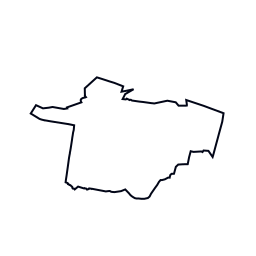 Castaños, Coahuila, Mexico, rotated 140°
{"feature_id": "50627088B99449096184817", "entity_name": "Castaños", "entity_type": "district", "adm_level": 2, "iso_a3": "MEX", "parent_name": "Mexico", "parent_adm1": "Coahuila", "projection": "orthographic", "projection_center": [-101.298, 26.539], "detail": "fine", "context": "isolated", "style": "outline", "palette": "ink", "viewbox_px": 256, "rotation_deg": 140, "n_neighbors": 0, "source": "geoboundaries", "source_scale": "gbopen_adm2", "svg_char_len": 2386}
<svg xmlns="http://www.w3.org/2000/svg" viewBox="0 0 256 256"><g transform="rotate(140 128 128)"><path d="M62.5,64.8L51.8,72.2L45.3,77.9L51.9,89.5L55.7,96.2L65.4,112.0L67.8,108.2L68.5,107.4L69.3,107.9L74.9,112.6L74.9,117.0L78.1,120.9L80.3,123.6L92.1,129.9L93.1,131.0L94.2,132.1L99.7,138.2L102.4,141.0L107.3,146.5L107.7,147.8L108.4,148.4L108.9,148.5L109.0,148.9L110.1,151.3L110.8,151.2L111.3,151.3L113.5,153.6L109.5,155.3L108.4,155.8L98.8,154.1L105.4,157.6L109.6,160.0L104.9,163.0L109.5,171.4L112.3,175.7L113.4,177.5L115.4,180.7L116.4,182.3L117.1,183.4L119.3,186.8L124.8,186.6L135.6,186.2L138.9,182.1L139.9,180.7L140.1,180.7L140.4,180.2L140.5,180.0L140.6,179.8L140.6,179.7L140.6,179.3L140.5,179.2L140.4,179.2L140.4,178.9L140.4,178.7L141.1,178.9L142.4,179.6L143.6,180.1L145.1,180.3L146.3,179.8L147.0,178.6L147.2,177.6L161.5,183.0L161.9,182.0L164.9,183.8L172.3,192.6L175.5,194.4L180.5,197.7L183.8,204.6L186.6,203.7L193.2,201.6L189.9,191.8L188.8,190.0L188.0,188.9L187.5,188.2L187.4,188.1L187.3,187.9L187.1,187.7L186.9,187.5L186.9,187.4L186.7,187.3L186.1,186.5L185.9,186.3L185.7,186.1L183.8,183.8L181.2,180.8L171.7,169.9L167.5,164.7L170.8,161.4L173.0,159.8L174.8,158.2L176.9,156.4L179.1,154.4L183.2,150.8L185.5,148.8L186.0,148.4L186.8,147.7L187.8,146.9L188.2,146.6L188.5,146.3L189.1,145.7L189.9,145.1L192.3,143.1L198.8,137.2L205.8,130.9L209.0,128.1L210.7,126.5L209.7,124.7L209.6,123.7L210.0,123.5L209.6,122.6L209.4,121.8L208.9,121.3L208.8,120.2L208.6,119.1L208.6,118.6L209.1,117.9L209.2,117.1L208.3,116.2L208.3,115.2L207.5,115.2L203.9,115.2L200.5,109.9L200.0,109.9L199.7,109.3L199.0,108.5L199.0,107.2L198.3,106.8L197.6,106.8L197.2,106.5L196.6,106.7L194.9,104.8L194.9,104.6L194.6,104.5L185.7,93.6L184.8,93.1L184.1,92.6L183.3,92.1L183.1,91.9L182.5,91.5L182.2,90.9L182.1,90.4L181.5,89.5L179.6,87.6L173.9,84.1L169.6,82.7L169.2,77.0L169.3,75.8L169.1,74.1L169.1,73.8L168.4,71.4L167.8,69.8L166.6,68.3L165.5,67.5L163.0,64.9L160.9,63.2L160.3,62.9L158.0,61.7L157.9,61.6L155.5,61.6L152.5,62.9L151.7,63.1L145.9,64.7L142.2,65.6L139.0,66.8L137.2,67.1L136.5,67.2L135.5,66.3L132.8,65.0L129.1,64.2L128.0,63.2L127.8,63.4L125.8,64.8L125.7,64.8L124.1,64.9L122.2,63.4L116.3,67.5L113.0,67.7L112.9,67.6L109.2,64.9L105.5,61.9L99.9,66.4L94.9,69.9L93.2,67.6L86.9,62.9L86.4,61.7L84.6,62.2L81.1,58.8L81.8,51.4L80.4,52.3L78.1,53.9L71.1,58.8L66.2,62.2L62.5,64.8Z" fill="none" stroke="#020617" stroke-width="2"/></g></svg>